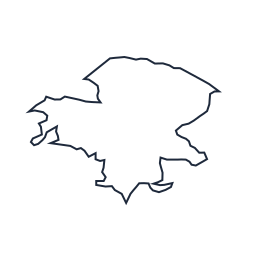 the district of Portalegre, Rio Grande do Norte, Brazil, rotated 255°
{"feature_id": "56859067B24443946953027", "entity_name": "Portalegre", "entity_type": "district", "adm_level": 2, "iso_a3": "BRA", "parent_name": "Brazil", "parent_adm1": "Rio Grande do Norte", "projection": "equal_earth", "projection_center": [-38.025, -6.029], "detail": "fine", "context": "isolated", "style": "outline", "palette": "slate", "viewbox_px": 256, "rotation_deg": 255, "n_neighbors": 0, "source": "geoboundaries", "source_scale": "gbopen_adm2", "svg_char_len": 1559}
<svg xmlns="http://www.w3.org/2000/svg" viewBox="0 0 256 256"><g transform="rotate(255 128 128)"><path d="M139.8,225.4L149.5,217.7L154.4,212.7L172.3,193.8L174.0,187.8L177.8,184.2L181.4,178.4L183.3,170.6L189.7,164.2L191.7,158.2L192.0,153.4L195.2,147.6L197.5,142.9L198.3,138.2L199.1,133.8L199.9,128.6L186.7,98.4L185.0,102.6L180.6,106.5L176.6,109.6L171.2,109.1L167.4,106.8L164.1,106.5L159.8,108.1L162.4,99.9L164.5,94.1L167.9,88.3L174.7,75.1L173.1,70.1L174.5,64.5L179.4,57.1L176.3,54.6L173.7,45.3L169.5,36.6L169.1,42.4L165.2,50.2L160.8,53.2L156.6,51.3L155.4,43.1L151.7,44.2L144.0,43.1L142.5,33.4L139.6,30.6L135.7,32.8L135.9,37.1L138.4,42.2L140.6,45.4L144.9,48.4L146.1,52.9L147.9,59.7L143.2,57.6L138.4,58.2L134.5,57.8L133.4,49.3L125.6,67.7L120.7,72.9L120.8,77.3L117.3,80.1L110.4,82.6L112.1,90.2L106.2,88.6L103.4,92.5L103.2,96.9L95.9,94.1L92.1,91.6L86.3,93.7L83.1,90.8L85.0,83.6L81.2,82.6L77.3,91.1L76.0,97.4L71.5,99.2L66.0,104.9L56.1,106.8L63.8,113.4L66.5,117.1L69.0,120.8L71.7,124.5L70.6,129.1L69.1,133.5L64.7,134.1L61.3,135.9L58.0,141.3L58.5,148.3L59.9,154.2L63.3,156.6L63.7,148.3L64.5,144.2L67.6,138.3L67.9,143.1L68.8,147.7L75.9,149.8L82.4,149.7L85.8,149.7L91.0,151.8L87.4,157.4L84.8,167.0L83.8,171.4L82.5,175.7L79.5,178.7L76.1,179.9L74.2,183.8L76.3,191.9L77.5,196.3L84.5,195.3L85.7,190.4L91.5,187.4L94.7,183.7L99.4,183.4L102.6,181.2L105.4,177.4L108.9,173.9L113.1,173.6L116.7,181.2L116.5,187.7L118.1,193.4L120.9,200.6L122.2,204.5L123.9,208.8L129.9,212.7L134.5,214.3L139.6,216.1L140.9,221.0L139.8,225.4Z" fill="none" stroke="#1e293b" stroke-width="2"/></g></svg>